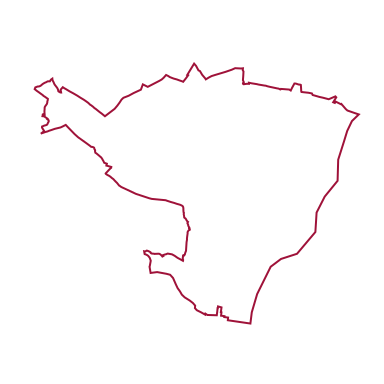 Babeni, Vâlcea, Romania (Robinson projection), rotated 3°
{"feature_id": "2599482B7467620418684", "entity_name": "Babeni", "entity_type": "district", "adm_level": 2, "iso_a3": "ROU", "parent_name": "Romania", "parent_adm1": "Vâlcea", "projection": "robinson", "projection_center": [24.207, 44.956], "detail": "fine", "context": "isolated", "style": "outline", "palette": "rose", "viewbox_px": 384, "rotation_deg": 3, "n_neighbors": 0, "source": "geoboundaries", "source_scale": "gbopen_adm2", "svg_char_len": 5648}
<svg xmlns="http://www.w3.org/2000/svg" viewBox="0 0 384 384"><g transform="rotate(3 192 192)"><path d="M234.5,318.2L257.2,320.3L258.0,309.0L262.4,290.5L274.5,262.5L284.4,254.2L300.1,248.2L317.3,225.5L317.5,206.0L324.8,189.6L336.8,173.2L336.3,152.1L341.1,133.7L343.8,122.9L348.0,112.8L354.5,105.8L350.2,104.6L343.3,102.6L342.8,102.4L341.8,101.6L341.2,101.1L336.7,96.4L336.5,96.7L330.7,94.2L330.0,95.6L328.3,95.0L331.1,89.9L330.2,89.0L323.7,92.2L317.9,91.0L314.3,90.4L307.4,88.8L306.6,87.3L303.2,86.8L299.5,86.6L296.1,86.4L295.8,85.6L295.4,81.8L295.1,79.4L294.7,79.2L293.7,79.1L292.9,79.1L290.0,78.3L288.6,78.3L286.3,83.1L285.3,85.5L283.7,84.6L275.4,84.4L275.2,84.8L274.8,85.0L274.5,84.8L274.1,84.7L273.5,84.4L272.9,84.2L271.8,84.1L264.2,82.9L262.0,82.5L261.5,82.4L260.2,82.0L258.7,81.9L252.7,81.2L251.2,80.9L245.5,80.3L243.1,79.9L243.2,81.0L242.1,81.0L240.9,81.1L237.9,81.7L237.5,81.5L237.2,81.0L237.2,80.7L238.0,80.5L238.0,79.8L237.7,79.0L237.0,77.7L237.1,73.7L237.1,68.9L236.3,67.7L236.4,65.8L234.6,66.1L228.6,66.1L225.3,67.8L219.1,70.3L209.0,73.9L205.5,75.2L202.8,76.8L199.9,78.8L199.3,77.9L196.0,74.4L193.6,70.8L192.1,70.2L189.5,65.9L187.4,63.7L181.1,75.4L182.0,75.7L179.9,78.9L177.4,82.4L176.4,82.0L173.6,81.2L171.0,80.4L167.8,79.7L165.9,79.1L163.6,78.3L162.4,77.5L160.0,76.5L157.7,79.4L155.9,81.2L153.6,82.7L142.3,89.3L137.3,87.1L135.6,92.5L128.6,96.2L123.7,99.2L118.6,101.5L116.8,103.4L115.0,106.5L112.9,109.7L110.4,113.0L101.1,120.9L97.7,118.4L95.7,117.1L91.0,113.7L90.4,113.5L88.7,112.0L87.6,111.3L87.0,110.8L85.9,110.3L83.7,108.4L80.9,106.6L79.1,105.5L75.7,103.7L72.4,101.8L68.3,99.7L64.5,97.9L60.8,95.9L58.6,94.8L57.5,94.1L55.7,96.4L55.5,96.9L55.5,97.2L55.9,98.5L56.0,99.0L56.1,99.5L55.3,99.5L54.9,99.3L54.4,98.9L54.2,98.7L53.6,98.7L53.3,98.4L53.1,98.0L53.0,97.2L52.6,96.3L52.2,95.5L51.6,94.7L49.9,92.7L49.2,91.9L48.7,91.0L47.9,89.4L47.1,88.1L46.8,87.3L46.6,86.1L45.2,87.2L44.3,88.9L42.3,89.0L41.8,89.2L40.8,89.9L39.1,90.7L37.9,91.5L37.2,92.0L35.3,93.8L34.6,94.2L33.6,94.6L32.6,94.7L32.1,94.8L31.5,95.1L30.7,95.6L30.2,95.6L29.9,96.2L29.5,97.5L31.7,99.1L33.8,100.4L35.3,101.4L38.1,103.2L38.3,103.5L38.7,103.8L40.0,104.5L42.2,105.9L43.2,106.5L43.2,107.0L43.1,108.0L42.8,109.1L42.8,109.9L42.8,110.3L42.5,111.5L42.3,112.0L42.2,112.1L41.7,112.9L41.4,113.3L40.6,114.7L40.4,115.8L40.5,116.9L40.4,118.6L40.5,120.2L40.8,122.5L39.7,122.3L39.5,122.2L39.3,122.1L39.2,122.2L38.9,122.4L38.9,123.1L38.7,124.1L40.0,124.2L40.5,124.2L41.8,125.1L43.2,125.9L43.9,126.4L43.6,126.8L45.1,127.9L45.2,129.2L44.7,130.1L43.9,132.1L43.4,132.6L43.2,132.7L42.9,132.8L42.4,133.0L41.4,133.3L40.8,133.5L39.3,134.3L38.9,134.4L38.8,134.7L38.8,135.3L38.9,135.6L39.5,136.5L39.9,137.1L41.0,138.6L40.7,139.1L40.0,140.0L39.5,140.4L39.1,140.8L38.9,140.9L38.0,141.7L38.7,141.3L39.1,141.1L40.7,140.5L41.6,140.1L42.6,139.7L44.5,139.1L46.1,138.3L47.5,137.8L51.7,136.1L57.4,134.4L58.9,133.6L62.4,131.6L64.8,133.9L71.7,140.3L75.4,143.3L84.0,148.8L87.5,151.1L89.0,152.2L90.4,152.2L91.6,152.7L91.8,152.8L92.0,153.1L92.1,153.3L92.2,153.8L92.3,154.2L92.5,154.6L92.7,154.8L92.9,155.0L93.0,155.2L93.1,155.4L93.0,155.7L93.0,156.2L93.3,157.4L93.4,157.8L94.6,158.5L97.5,160.7L99.0,161.9L99.5,162.2L100.9,164.1L101.2,164.7L101.9,165.7L102.8,167.4L105.5,168.2L105.1,170.1L110.1,171.2L110.0,172.1L109.6,172.3L108.4,173.7L105.1,177.6L104.9,177.9L104.8,178.0L104.9,178.3L105.0,178.4L106.6,179.4L108.4,180.2L109.0,180.6L109.6,180.9L111.2,182.2L112.6,183.1L113.4,183.8L114.3,184.8L114.9,185.2L115.2,185.6L116.6,186.8L118.9,189.4L119.4,189.6L121.1,190.7L121.6,190.9L136.1,196.8L149.7,200.5L152.2,201.0L166.2,201.6L167.0,201.9L171.4,203.1L174.6,203.8L177.4,204.6L180.5,205.3L181.2,205.5L182.3,206.0L182.6,206.1L183.5,206.7L184.0,207.6L184.2,208.6L184.3,209.4L184.3,210.1L184.6,212.6L184.9,213.0L184.9,213.3L185.0,213.4L184.9,214.4L184.9,214.6L185.3,216.1L185.6,217.9L185.8,218.1L186.6,218.6L186.8,218.7L187.0,219.0L187.4,219.4L187.5,219.5L188.0,220.5L188.5,221.1L188.9,221.6L189.2,221.8L189.6,222.1L189.1,223.0L189.1,223.3L189.1,223.6L189.2,223.8L189.6,224.3L189.8,224.6L190.0,225.8L190.2,226.2L190.5,226.7L191.0,227.4L191.3,227.9L191.3,228.1L191.4,228.4L190.9,228.3L190.9,228.5L191.1,228.9L191.5,229.3L191.7,229.6L191.6,229.9L191.6,230.0L191.3,230.1L190.9,230.4L190.6,230.6L190.2,231.2L190.0,231.6L189.7,232.3L189.7,232.7L189.8,233.4L189.6,235.7L189.5,236.9L189.4,239.0L189.5,239.9L189.2,242.3L189.1,251.1L188.8,251.9L188.3,253.6L188.2,254.2L188.1,254.8L187.7,255.3L187.6,255.6L187.1,255.4L186.8,255.5L186.6,255.6L186.4,255.8L186.3,258.0L186.2,258.4L186.4,259.5L186.5,260.0L186.7,260.3L186.7,260.8L186.6,261.2L184.0,259.9L181.0,258.5L178.0,256.6L175.3,255.3L171.3,254.8L170.8,254.8L170.2,255.1L169.2,255.6L168.6,255.7L166.2,256.6L165.9,256.9L165.9,257.2L166.0,257.3L166.5,257.4L166.6,257.5L165.8,258.0L165.3,257.4L164.1,256.3L163.7,256.0L162.9,255.6L162.4,255.4L161.6,255.4L159.6,255.6L158.3,255.7L157.9,255.8L157.7,255.7L156.6,255.6L155.6,255.6L154.7,255.5L154.0,255.1L154.0,254.7L153.9,254.5L153.4,254.2L152.7,253.8L151.5,253.3L150.1,252.9L149.8,252.9L149.6,253.0L148.7,253.7L148.3,253.8L147.9,253.8L147.3,253.7L147.8,255.9L148.0,256.5L148.4,256.5L148.9,256.7L150.8,257.5L151.6,258.1L151.9,258.4L152.8,259.4L153.3,260.1L154.4,262.8L153.7,268.2L153.5,268.8L154.9,275.0L161.4,273.8L170.6,275.0L174.5,275.8L177.6,278.9L180.6,284.9L182.7,288.8L185.2,291.9L187.2,295.0L190.2,297.6L195.4,300.5L198.7,302.8L201.1,305.3L201.0,307.8L203.0,309.8L207.4,311.7L211.6,313.8L211.8,312.8L213.8,314.0L223.2,313.8L223.5,309.6L223.6,306.7L223.9,306.7L224.0,304.9L227.5,305.7L227.1,310.5L227.7,310.6L227.5,314.0L230.9,314.3L230.8,315.2L234.6,315.5L234.5,318.2Z" fill="none" stroke="#9f1239" stroke-width="2"/></g></svg>